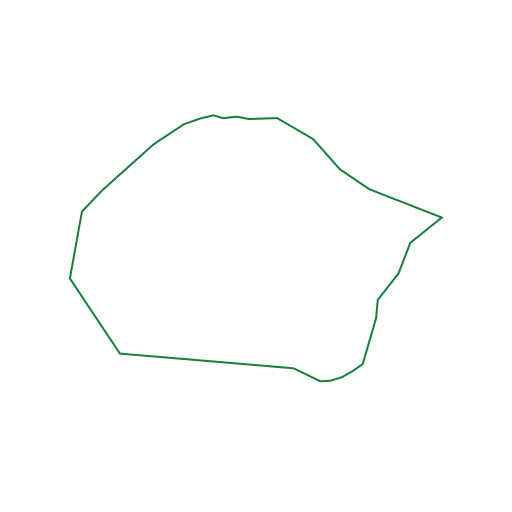 SVG path tracing the border of Cerklje na Gorenjskem, rotated 50°
{"feature_id": "SVN-942", "entity_name": "Cerklje na Gorenjskem", "entity_type": "Municipality", "adm_level": 1, "iso_a3": "SVN", "parent_name": "Slovenia", "parent_adm1": "", "projection": "equal_earth", "projection_center": [14.503, 46.257], "detail": "fine", "context": "isolated", "style": "outline", "palette": "green", "viewbox_px": 512, "rotation_deg": 50, "n_neighbors": 0, "source": "natural_earth", "source_scale": "10m", "svg_char_len": 488}
<svg xmlns="http://www.w3.org/2000/svg" viewBox="0 0 512 512"><g transform="rotate(50 256 256)"><path d="M163.9,151.2L203.2,137.1L243.6,136.0L277.9,126.2L345.9,89.0L345.1,129.4L361.0,158.1L367.9,191.0L380.6,203.7L407.4,243.6L406.3,255.6L404.1,267.8L399.7,278.6L393.5,287.1L366.1,299.5L243.3,423.0L153.6,413.0L110.1,360.8L106.8,331.4L104.6,262.8L108.7,226.6L115.0,209.9L120.9,198.2L129.4,192.5L136.7,181.4L146.6,173.3L163.9,151.2Z" fill="none" stroke="#15803d" stroke-width="2"/></g></svg>